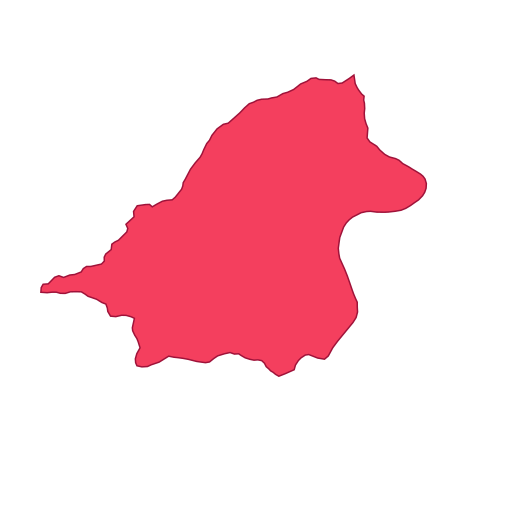 Iacanga, São Paulo, Brazil (Equal Earth projection), rotated 51°
{"feature_id": "56859067B95917259831804", "entity_name": "Iacanga", "entity_type": "district", "adm_level": 2, "iso_a3": "BRA", "parent_name": "Brazil", "parent_adm1": "São Paulo", "projection": "equal_earth", "projection_center": [-49.042, -21.9], "detail": "fine", "context": "isolated", "style": "filled", "palette": "rose", "viewbox_px": 512, "rotation_deg": 51, "n_neighbors": 0, "source": "geoboundaries", "source_scale": "gbopen_adm2", "svg_char_len": 2742}
<svg xmlns="http://www.w3.org/2000/svg" viewBox="0 0 512 512"><g transform="rotate(51 256 256)"><path d="M368.4,297.9L365.6,294.0L363.9,288.8L363.5,285.0L364.0,280.0L365.8,277.0L374.1,272.3L379.3,267.7L379.2,262.8L375.6,254.1L374.5,249.9L373.5,245.9L368.7,222.5L366.8,216.9L363.4,212.3L359.5,209.5L355.6,206.4L351.6,205.4L346.8,204.0L342.8,202.6L336.5,200.3L329.0,197.6L321.9,195.4L310.4,192.4L306.4,190.2L301.8,187.2L298.0,183.2L294.3,179.2L288.6,169.6L287.1,165.0L286.5,160.7L286.5,156.6L288.5,147.1L291.0,142.1L293.3,138.9L297.9,134.5L302.9,128.5L305.1,125.5L308.8,119.7L311.7,114.5L313.2,109.7L314.0,104.2L314.3,99.1L314.7,94.4L314.0,88.6L312.6,84.7L310.4,81.2L306.9,78.0L302.6,76.2L299.2,76.0L295.9,76.6L291.3,78.2L286.5,80.0L283.7,80.9L280.9,82.0L276.6,83.8L271.6,84.6L268.2,86.2L263.0,90.0L258.1,92.0L251.5,93.1L246.7,93.1L239.0,95.7L234.2,95.4L230.6,92.0L227.0,88.6L222.4,87.2L217.7,85.2L213.1,82.0L209.9,78.8L205.5,75.6L202.6,74.2L199.8,71.4L196.6,72.0L191.4,71.8L188.5,71.4L184.4,70.4L177.0,66.0L176.7,71.8L175.8,80.2L173.5,83.8L169.6,84.8L166.3,86.9L162.8,91.0L158.4,95.9L155.4,97.2L152.6,101.5L152.3,106.5L150.4,113.0L150.3,121.9L148.7,128.3L146.7,132.9L145.6,139.7L142.9,144.5L141.5,147.9L137.7,153.0L135.7,157.1L134.9,161.2L133.4,165.4L133.7,171.6L134.6,178.6L135.3,194.0L133.1,198.5L132.7,206.2L134.5,214.3L136.8,219.3L137.6,223.5L140.5,229.7L142.6,233.5L144.1,237.3L145.3,244.3L147.3,252.2L149.8,258.0L151.8,262.6L153.2,266.4L155.5,268.8L157.3,271.8L159.5,281.8L159.6,285.8L156.6,290.2L154.5,294.3L153.3,300.3L152.5,305.7L148.9,306.3L146.5,309.5L142.2,316.7L144.3,323.1L148.8,326.1L149.5,337.1L153.9,338.3L156.0,341.3L157.2,353.0L156.3,356.9L156.1,360.6L159.9,364.5L159.9,371.5L161.4,374.7L164.5,377.1L165.0,381.2L160.2,390.9L157.5,394.3L157.1,398.1L158.4,401.9L156.3,408.5L153.6,412.7L151.6,419.0L147.3,421.6L145.8,425.9L146.9,435.0L144.0,439.2L145.4,442.8L148.8,446.0L153.1,441.4L155.8,437.2L158.4,434.0L161.9,431.5L165.0,427.8L167.0,422.8L170.5,418.3L173.9,414.3L178.1,412.8L181.6,411.9L184.6,410.0L189.3,407.1L195.2,405.0L198.9,402.9L202.9,404.3L205.9,406.1L211.2,406.9L214.9,403.1L217.5,397.7L220.4,394.3L224.6,391.3L227.9,389.7L234.0,397.3L236.5,398.9L241.4,400.1L245.1,400.5L248.4,401.5L251.4,402.7L254.4,403.9L256.9,410.1L260.0,414.5L263.2,416.7L266.4,417.6L270.3,414.5L273.6,409.9L274.6,405.9L277.5,398.1L278.9,386.9L283.0,383.5L285.9,380.6L289.3,377.4L293.6,373.7L300.7,368.4L307.1,362.4L309.1,358.8L309.1,353.2L309.5,348.6L312.1,342.1L314.7,336.9L318.6,334.5L321.1,331.0L324.1,330.1L328.3,328.5L332.4,325.8L335.7,323.1L337.9,319.9L340.9,317.4L344.7,316.9L348.4,317.7L351.7,317.1L354.5,316.9L357.1,315.9L360.2,315.3L363.8,313.9L365.9,307.2L368.4,297.9Z" fill="#f43f5e" stroke="#9f1239" stroke-width="1.5"/></g></svg>